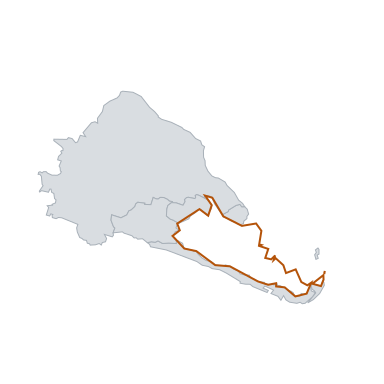 Argentina and the surrounding countries, rotated 286°
{"feature_id": "ARG", "entity_name": "Argentina", "entity_type": "country or territory", "adm_level": 0, "iso_a3": "ARG", "parent_name": "South America", "parent_adm1": "", "projection": "equal_earth", "projection_center": [-65.46, -38.417], "detail": "coarse", "context": "with_neighbors", "style": "outline", "palette": "amber", "viewbox_px": 384, "rotation_deg": 286, "n_neighbors": 6, "source": "natural_earth", "source_scale": "50m", "svg_char_len": 5553}
<svg xmlns="http://www.w3.org/2000/svg" viewBox="0 0 384 384"><g transform="rotate(286 192 192)"><path d="M137.0,333.0L137.2,342.0L142.6,342.1L141.5,343.7L138.8,344.9L129.6,342.7L122.0,338.3L117.3,333.8L129.1,338.8L130.7,337.0L131.7,334.2L134.6,332.5L137.0,333.0ZM131.0,163.1L133.0,166.7L133.5,170.5L135.6,172.8L134.4,177.9L136.5,183.8L138.1,191.1L140.9,190.3L141.4,191.7L140.1,197.1L135.9,199.7L136.1,208.3L135.3,210.0L136.5,212.0L133.8,215.2L131.3,220.0L130.0,224.6L130.5,229.5L128.2,234.7L130.1,243.3L131.1,244.2L131.2,248.8L129.1,253.6L129.3,257.7L126.6,260.8L126.7,265.3L127.9,270.0L125.8,271.7L124.3,280.8L125.1,286.5L123.7,287.4L124.7,292.7L126.3,294.5L125.2,296.4L126.9,297.3L127.3,299.0L125.8,299.8L126.3,302.5L125.2,308.4L123.6,312.1L124.0,314.4L123.1,317.1L120.6,319.0L121.1,323.5L122.4,325.1L124.6,324.8L124.6,327.9L126.1,330.4L137.2,331.6L134.2,331.5L129.8,334.0L129.4,337.8L128.0,337.9L124.3,336.6L116.2,331.4L115.0,328.8L115.8,326.3L113.9,323.5L113.0,316.2L114.2,312.0L117.6,308.6L112.4,307.3L115.4,303.4L116.2,295.9L120.2,297.5L121.7,288.0L119.2,286.8L118.4,292.5L116.1,291.9L117.8,276.6L119.3,273.3L118.1,268.7L117.6,263.3L119.2,263.1L123.5,247.4L124.9,240.0L123.9,232.5L124.9,228.3L124.4,222.0L126.5,215.8L129.2,183.3L127.9,167.2L129.9,165.8L131.0,163.1Z" fill="#d9dde1" stroke="#a8b0b8" stroke-width="1"/><path d="M161.4,329.7L165.5,327.2L168.2,328.2L170.3,326.6L172.9,328.5L171.8,329.9L167.3,331.2L165.9,329.7L163.0,331.6L161.4,329.7Z" fill="#d9dde1" stroke="#a8b0b8" stroke-width="1"/><path d="M177.1,228.9L179.6,228.4L183.3,232.3L184.7,232.1L191.3,238.1L193.3,241.5L191.5,243.9L192.4,246.7L190.7,249.8L186.4,252.5L183.7,251.5L181.6,252.1L178.3,249.9L175.8,250.1L173.6,247.4L174.0,244.2L174.8,243.1L174.9,238.1L177.1,228.9Z" fill="#d9dde1" stroke="#a8b0b8" stroke-width="1"/><path d="M192.4,246.7L191.5,243.9L193.3,241.5L191.3,238.1L184.7,232.1L183.3,232.3L179.6,228.4L177.1,228.9L186.8,217.0L192.8,212.1L193.0,208.0L191.2,205.0L189.3,206.0L190.7,199.9L190.8,197.1L189.4,196.1L188.0,197.0L186.5,196.7L185.9,189.9L185.2,188.4L182.6,186.9L180.9,188.0L176.8,187.0L177.2,179.8L176.1,176.9L177.4,175.8L177.0,172.8L178.2,170.4L178.9,166.2L178.0,162.9L175.9,161.4L175.5,159.3L176.1,156.2L168.5,156.0L167.0,149.8L168.2,149.7L167.2,142.7L164.9,141.1L162.4,141.1L158.0,138.5L156.5,136.5L152.0,135.6L147.6,130.8L147.9,121.0L142.6,121.9L137.0,126.1L136.1,127.8L131.0,127.4L128.7,128.4L126.9,127.7L127.1,119.5L123.8,122.7L120.3,122.6L118.7,119.7L116.0,119.4L116.9,117.0L114.6,113.7L112.9,108.8L114.0,107.8L113.9,105.5L116.4,103.9L116.0,101.0L117.0,99.1L117.3,96.6L121.9,92.8L125.7,91.0L129.4,91.2L131.3,73.9L130.7,70.7L128.9,68.7L128.9,64.8L131.2,63.9L132.0,64.4L132.1,62.3L129.7,61.8L129.7,58.3L137.6,58.5L138.9,56.6L140.9,61.5L141.6,60.9L143.9,63.8L147.0,63.4L147.8,61.7L152.5,59.6L153.0,57.2L155.9,55.7L155.6,54.5L152.2,54.1L151.8,47.0L150.0,45.6L150.7,45.0L157.0,47.1L158.1,45.8L165.6,42.9L167.1,40.8L166.5,39.3L168.6,39.1L169.6,40.3L169.1,42.7L170.5,43.5L171.4,46.1L170.3,48.0L169.6,52.7L171.0,58.0L173.5,60.5L175.5,60.8L175.9,59.7L179.0,58.5L180.3,57.1L185.8,57.8L185.9,54.0L189.4,53.9L193.5,56.2L194.8,54.7L195.7,55.0L196.2,56.5L198.2,56.1L199.7,54.0L203.3,45.0L204.7,44.7L208.1,57.3L210.2,58.2L210.3,62.0L207.3,66.5L208.6,68.2L215.7,69.0L215.9,74.5L219.0,70.9L230.8,76.2L232.8,79.4L232.1,82.4L236.8,80.8L244.7,83.7L250.8,83.4L256.7,88.0L261.8,94.1L264.9,95.7L268.4,95.9L269.8,97.6L271.6,107.8L269.8,116.8L261.7,127.9L258.9,134.0L255.8,138.7L254.8,138.8L253.5,142.8L253.3,152.9L251.2,164.6L249.9,166.7L248.8,173.8L244.4,180.7L243.4,186.2L240.1,188.4L239.0,191.6L234.8,191.6L228.5,193.6L225.7,195.9L221.2,197.4L216.4,201.6L212.9,206.7L212.2,210.6L212.7,213.4L210.7,221.1L207.9,223.9L203.2,232.8L197.0,239.1L195.0,243.8L192.4,246.7Z" fill="#d9dde1" stroke="#a8b0b8" stroke-width="1"/><path d="M131.0,127.4L136.1,127.8L137.0,126.1L142.6,121.9L147.9,121.0L147.6,130.8L152.0,135.6L156.5,136.5L158.0,138.5L162.4,141.1L164.9,141.1L167.2,142.7L168.2,149.7L167.0,149.8L168.5,156.0L176.1,156.2L175.5,159.3L175.9,161.4L178.0,162.9L178.9,166.2L178.2,170.4L177.0,172.8L177.4,175.8L176.1,176.9L176.1,175.2L172.4,172.5L168.8,172.5L161.9,174.0L159.9,178.7L159.8,181.5L158.2,187.8L157.6,186.7L153.1,186.5L151.6,190.7L149.3,186.9L144.2,185.6L140.9,190.3L138.1,191.1L136.5,183.8L134.4,177.9L135.6,172.8L133.5,170.5L133.0,166.7L131.0,163.1L133.4,157.3L131.7,152.8L132.6,151.0L131.9,149.0L133.4,146.3L133.7,138.0L134.5,136.1L131.0,127.4Z" fill="#d9dde1" stroke="#a8b0b8" stroke-width="1"/><path d="M176.1,175.2L177.2,179.8L176.8,187.0L180.9,188.0L182.6,186.9L185.2,188.4L185.9,189.9L186.5,196.7L188.0,197.0L189.4,196.1L190.8,197.1L190.7,199.9L188.5,210.5L184.9,214.5L181.8,215.3L173.7,213.1L177.6,205.3L177.1,203.0L173.2,201.0L168.5,197.1L165.3,196.3L158.2,187.8L159.8,181.5L159.9,178.7L161.9,174.0L168.8,172.5L172.4,172.5L176.1,175.2Z" fill="#d9dde1" stroke="#a8b0b8" stroke-width="1"/><path d="M177.2,228.8L173.2,249.3L179.4,262.3L173.8,269.4L158.7,271.2L158.3,281.0L148.8,280.6L149.1,286.7L153.9,289.4L149.1,289.3L151.4,290.7L146.8,300.0L140.0,304.7L146.2,313.0L135.6,321.9L134.1,328.6L137.7,331.6L125.9,330.2L120.1,320.1L125.9,307.4L124.4,298.9L127.5,298.0L123.8,290.8L124.2,280.1L131.0,248.9L128.1,234.5L136.4,212.4L135.5,200.2L144.4,185.4L151.8,190.8L157.6,186.5L177.6,203.9L173.7,214.1L184.8,214.6L192.1,205.6L192.1,213.1L177.2,228.8ZM137.1,341.9L137.0,333.0L148.3,341.2L144.0,342.6L137.1,341.9ZM149.6,341.8L150.7,341.5L152.7,341.4L149.6,341.8ZM160.2,272.8L160.2,273.2L159.6,272.5L160.2,272.8Z" fill="none" stroke="#b45309" stroke-width="2"/></g></svg>